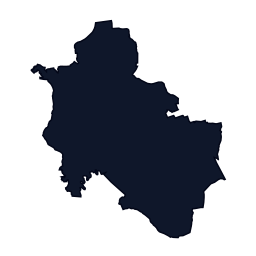 Adamus, Mures, Romania (orthographic projection), rotated 4°
{"feature_id": "2599482B10213033465232", "entity_name": "Adamus", "entity_type": "district", "adm_level": 2, "iso_a3": "ROU", "parent_name": "Romania", "parent_adm1": "Mures", "projection": "orthographic", "projection_center": [24.206, 46.308], "detail": "fine", "context": "isolated", "style": "filled", "palette": "ink", "viewbox_px": 256, "rotation_deg": 4, "n_neighbors": 0, "source": "geoboundaries", "source_scale": "gbopen_adm2", "svg_char_len": 5731}
<svg xmlns="http://www.w3.org/2000/svg" viewBox="0 0 256 256"><g transform="rotate(4 128 128)"><path d="M228.5,172.4L218.5,156.3L216.1,151.4L218.7,152.0L220.2,153.1L220.3,152.9L219.8,151.4L219.8,150.8L219.4,149.4L219.1,148.9L219.0,148.0L219.1,147.5L219.0,147.0L219.4,145.8L219.4,145.1L219.8,144.3L219.9,142.8L219.6,141.8L219.9,141.1L220.1,139.8L219.9,138.9L221.5,134.0L221.6,130.4L221.4,129.1L220.8,127.0L221.3,125.9L221.4,125.3L220.8,124.6L219.9,124.1L220.3,123.3L220.4,122.0L221.2,120.3L221.2,119.8L220.3,116.4L216.4,117.6L214.9,117.7L212.1,117.4L210.1,117.7L206.9,117.7L206.7,117.0L205.8,117.2L205.1,116.8L204.6,116.0L204.4,115.1L200.5,116.6L195.5,116.5L194.5,116.8L193.9,117.2L194.3,117.8L193.9,118.0L193.4,117.3L193.1,117.5L192.9,117.2L190.4,118.2L190.0,118.6L188.2,116.6L186.5,112.2L183.4,113.4L182.0,111.8L181.5,111.8L174.4,114.8L172.7,112.4L166.7,114.9L164.5,110.7L165.1,109.4L165.7,109.0L165.9,108.2L165.8,107.2L167.3,107.1L169.2,108.4L169.7,108.5L170.1,108.2L170.8,109.2L172.5,108.1L172.9,107.9L173.0,108.2L176.8,106.2L176.0,105.2L174.4,101.6L173.7,100.8L174.5,100.4L176.4,100.1L176.1,98.2L176.1,95.1L172.5,92.8L170.4,91.9L168.2,92.0L165.1,90.2L164.4,89.5L163.6,88.0L163.4,87.2L161.7,84.3L160.8,81.4L159.3,80.3L158.3,79.9L155.3,80.1L150.0,82.1L148.0,82.5L144.3,82.2L137.7,79.5L135.3,78.0L133.9,78.1L132.1,77.5L130.7,75.8L128.8,74.8L128.7,74.3L129.5,72.7L130.9,70.8L132.0,68.8L133.1,65.8L131.7,65.8L131.6,62.6L133.0,62.4L132.4,52.8L132.3,52.5L131.8,52.4L131.6,51.4L131.2,51.0L130.9,49.5L131.1,49.4L130.6,47.8L130.8,45.9L130.0,44.3L130.3,44.1L129.6,42.2L129.3,41.9L128.8,42.1L125.7,39.3L125.0,39.1L123.1,37.6L122.6,36.6L123.1,36.3L122.2,33.0L122.3,32.1L121.9,30.6L121.7,30.0L120.9,29.4L119.9,29.1L115.8,29.7L113.6,29.6L112.0,29.1L105.7,29.9L105.3,29.7L105.1,29.2L104.6,24.6L103.9,22.1L88.4,25.3L88.1,29.0L87.5,31.4L86.2,34.4L85.4,35.5L80.6,40.8L78.8,42.4L74.8,45.0L71.9,46.0L70.2,47.3L69.3,48.4L69.0,49.3L69.1,51.2L69.2,51.8L69.8,52.4L70.1,53.0L70.0,54.3L70.5,57.1L72.2,57.0L72.5,61.9L72.0,62.0L72.3,63.7L74.3,66.5L73.3,67.4L72.6,67.3L69.8,65.6L68.9,67.1L66.2,69.2L66.4,69.9L66.1,70.1L64.7,70.5L62.1,70.9L56.3,71.2L54.4,72.0L54.4,72.8L53.8,74.1L54.3,75.3L54.5,76.5L54.3,77.8L53.5,77.5L52.3,76.0L49.8,74.1L49.6,73.4L46.6,74.1L46.1,75.0L45.7,75.0L45.3,74.5L43.6,74.9L42.6,75.6L42.7,77.4L41.8,76.5L40.7,75.8L41.0,73.4L39.1,73.3L37.7,72.6L36.0,71.4L33.3,70.9L32.4,73.0L31.5,72.7L31.2,72.8L31.4,73.0L30.7,73.8L30.2,73.6L29.8,73.8L30.1,74.6L29.6,74.9L29.8,75.5L29.6,75.9L28.9,75.8L28.3,76.5L28.0,76.4L27.5,77.0L28.0,77.7L30.4,79.7L30.8,79.0L33.2,77.9L33.4,76.6L33.7,76.4L35.2,77.1L35.9,77.7L35.7,79.1L36.3,79.7L37.4,79.7L37.3,81.0L37.9,81.2L38.4,82.0L39.7,83.1L39.5,83.8L36.6,83.6L36.8,84.9L40.6,85.3L44.5,85.3L45.1,87.0L47.7,89.1L48.9,90.6L50.2,92.8L51.2,95.4L51.3,96.3L50.8,98.0L50.8,100.0L50.4,101.4L50.7,102.0L50.9,103.6L52.2,109.4L51.9,112.0L52.5,114.9L52.0,115.6L51.4,116.9L51.1,118.3L51.0,118.9L51.6,119.4L51.0,125.2L49.2,127.1L48.3,130.1L48.3,131.4L47.7,132.8L47.0,133.4L46.5,133.5L45.7,134.5L44.7,136.3L44.0,138.5L44.0,140.0L43.5,141.3L45.1,143.2L45.9,144.5L47.6,146.2L49.6,150.0L55.4,152.8L56.8,154.7L57.2,154.9L58.4,155.1L62.3,156.5L63.9,157.7L64.7,158.6L64.9,159.8L64.8,161.5L65.3,163.0L64.6,165.8L64.7,166.9L65.1,167.4L65.4,170.6L64.4,171.0L63.2,172.1L62.8,172.8L62.4,174.5L63.7,174.5L64.3,174.0L64.5,174.3L65.1,174.5L65.6,175.1L65.5,175.5L65.1,175.6L65.5,176.9L65.8,177.0L65.8,177.6L67.0,178.5L67.6,179.6L68.5,179.6L68.9,180.2L68.2,181.6L67.7,182.0L67.6,181.9L67.7,181.1L65.1,181.3L64.9,181.4L65.7,181.7L65.2,183.9L65.6,184.1L65.8,184.5L65.9,184.3L66.3,184.7L66.7,184.8L67.0,185.2L67.4,185.4L67.9,186.1L69.8,185.8L69.6,185.6L69.7,185.3L69.9,185.2L70.2,185.3L70.4,184.7L71.0,184.8L71.3,184.0L71.6,183.9L72.0,184.1L72.8,187.6L72.1,189.5L72.1,190.0L70.9,191.6L70.0,192.1L70.3,193.4L71.6,194.6L71.8,195.2L72.0,195.3L73.3,195.0L75.5,195.3L76.2,196.4L76.1,196.7L76.2,198.0L76.7,198.3L77.1,199.8L85.7,199.9L85.7,198.4L84.4,195.3L84.4,194.1L85.1,193.0L85.0,192.2L84.5,191.3L84.4,190.8L84.8,190.6L85.9,190.6L88.5,192.4L89.3,192.4L89.5,192.0L89.6,191.2L89.3,190.7L87.7,189.3L86.9,187.6L84.6,185.9L84.5,185.4L84.5,184.9L84.8,184.5L85.6,184.6L86.2,184.9L87.2,186.1L88.0,186.4L88.7,185.3L88.8,184.8L87.7,182.6L87.6,181.7L86.5,180.6L86.3,179.9L86.7,179.1L87.0,178.8L88.2,178.6L90.0,178.9L90.5,179.6L90.4,182.1L90.5,182.6L90.8,183.0L91.1,183.1L91.9,182.6L92.8,180.4L94.1,179.9L94.3,179.6L94.5,178.6L94.4,177.9L94.1,177.0L93.2,176.2L93.2,174.9L93.4,174.5L94.6,174.2L94.9,173.6L95.6,173.7L96.6,174.9L97.3,174.9L98.3,174.0L98.4,172.2L99.0,172.0L99.3,172.3L99.4,172.7L99.0,175.6L99.3,176.0L100.3,176.7L100.9,176.6L101.1,176.1L100.8,173.7L100.9,173.0L101.3,172.6L102.8,172.8L103.2,173.2L104.4,175.7L104.8,175.9L105.2,176.0L105.7,175.7L106.1,175.1L108.7,174.1L107.9,175.3L107.2,176.0L114.9,183.0L129.9,194.6L129.7,196.0L129.0,197.5L127.4,197.3L126.7,197.6L125.7,198.6L125.2,198.9L124.6,200.6L124.7,202.2L124.2,204.2L124.9,204.6L126.2,204.5L128.8,209.6L130.8,208.7L133.0,208.3L134.5,207.3L136.9,208.2L139.0,207.8L140.2,208.4L143.0,208.7L146.6,210.7L147.6,210.9L148.8,212.1L151.4,213.6L155.9,216.9L156.3,217.6L156.8,219.4L157.5,220.5L159.4,221.9L160.2,223.1L161.4,223.8L163.4,225.5L164.9,227.8L166.6,229.3L171.6,230.8L176.1,232.8L177.9,233.9L178.8,233.5L180.6,233.9L185.6,233.8L186.6,232.0L190.4,231.5L197.0,227.9L197.9,221.5L198.1,219.1L198.0,217.9L198.5,215.4L197.9,212.8L198.1,211.8L197.9,211.0L198.1,210.6L198.1,210.0L198.5,209.5L198.8,208.2L198.8,207.8L197.7,206.4L197.6,206.0L197.9,205.0L198.0,204.0L200.3,203.7L206.1,202.2L208.3,202.0L208.7,197.0L208.7,192.1L208.5,189.1L207.8,186.1L214.4,177.9L218.2,176.0L221.7,173.1L223.8,172.0L226.5,172.1L227.6,172.8L228.5,172.4Z" fill="#0f172a" stroke="#020617" stroke-width="1.5"/></g></svg>